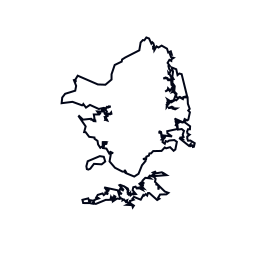 the district of Mkoani, Kusini-Pemba, United Republic of Tanzania, rotated 309°
{"feature_id": "72390352B13842693360807", "entity_name": "Mkoani", "entity_type": "district", "adm_level": 2, "iso_a3": "TZA", "parent_name": "United Republic of Tanzania", "parent_adm1": "Kusini-Pemba", "projection": "orthographic", "projection_center": [39.684, -5.384], "detail": "fine", "context": "isolated", "style": "outline", "palette": "ink", "viewbox_px": 256, "rotation_deg": 309, "n_neighbors": 0, "source": "geoboundaries", "source_scale": "gbopen_adm2", "svg_char_len": 5921}
<svg xmlns="http://www.w3.org/2000/svg" viewBox="0 0 256 256"><g transform="rotate(309 128 128)"><path d="M142.9,77.2L137.0,56.0L133.4,56.5L131.7,57.1L131.7,57.7L131.3,57.9L131.4,58.1L131.4,58.8L131.1,57.8L132.0,56.3L131.2,55.8L128.1,61.2L123.8,63.5L115.0,57.6L110.3,57.7L105.5,60.8L113.4,68.4L116.7,78.0L117.7,78.9L117.9,78.3L118.5,78.2L117.4,82.5L122.0,83.9L124.4,93.3L128.5,96.6L129.1,98.3L131.2,98.3L131.7,99.5L132.7,99.4L133.8,101.0L131.4,99.7L130.9,98.6L129.3,98.8L128.2,97.4L127.5,101.2L125.2,101.8L127.4,104.5L127.8,105.7L128.2,105.8L129.0,105.1L129.5,105.1L128.6,106.2L127.5,105.6L125.8,103.5L124.4,104.7L122.1,103.2L122.0,104.5L121.3,105.1L120.2,105.3L121.3,106.3L120.8,107.2L120.1,105.2L122.0,103.0L125.1,104.0L124.4,101.1L126.6,97.4L124.9,96.0L125.8,97.7L124.4,97.5L121.5,93.6L120.8,96.1L122.6,97.2L120.4,97.1L117.0,92.9L113.9,96.4L112.1,95.6L113.3,97.8L112.7,98.4L111.7,96.9L112.0,93.6L106.2,87.8L106.6,82.5L106.0,82.5L102.6,94.1L97.2,96.5L98.1,97.7L96.7,103.4L99.5,107.9L98.6,108.8L98.8,112.4L96.4,115.1L95.2,118.9L99.1,119.9L99.4,118.6L100.8,117.5L101.3,117.4L103.4,120.0L103.1,120.7L102.9,120.8L102.2,120.1L102.2,120.9L101.3,121.6L102.2,120.0L103.2,120.1L101.2,117.5L99.9,119.3L100.9,119.8L98.7,120.3L99.0,121.5L98.3,120.4L96.7,121.2L98.4,124.2L96.4,129.4L98.4,129.4L99.1,132.4L97.6,129.5L97.1,131.0L90.4,134.7L88.9,142.9L90.6,151.1L92.3,153.1L93.0,152.4L93.1,152.5L92.7,153.6L91.8,152.7L91.5,154.4L94.2,163.4L99.0,165.0L107.9,162.3L113.4,162.4L115.4,160.9L114.3,160.9L113.3,159.2L115.4,160.6L115.6,161.4L117.3,160.3L119.7,161.6L121.7,160.7L122.8,161.9L125.9,162.1L131.3,168.5L136.0,168.8L136.2,170.4L139.6,172.8L139.0,177.8L141.1,178.3L148.0,174.7L147.8,171.6L144.2,167.9L142.2,167.3L141.5,165.5L138.9,166.5L138.8,163.7L140.9,162.6L140.2,161.4L142.2,161.4L142.0,159.9L145.5,156.1L145.1,154.9L144.2,155.3L144.0,155.2L144.1,154.8L144.2,155.2L144.6,154.8L145.0,154.7L145.4,155.0L145.7,156.2L143.1,159.3L143.1,162.7L144.5,162.4L144.5,160.2L149.1,167.5L148.7,162.0L150.2,160.5L158.3,167.0L160.4,164.7L160.2,163.3L162.5,162.7L162.3,161.9L162.7,161.3L163.9,162.2L163.8,161.4L164.6,160.9L164.2,160.3L164.5,160.2L164.4,159.5L165.0,158.4L164.8,161.3L165.4,160.9L167.0,166.9L169.5,168.0L169.2,166.9L170.6,166.4L171.2,169.2L172.4,169.6L179.2,166.2L179.5,163.8L181.7,163.9L184.5,159.3L189.2,155.1L186.9,151.9L185.0,152.5L184.3,148.6L179.9,148.1L179.6,147.1L175.1,145.5L173.7,142.4L172.5,144.4L171.4,144.4L170.4,143.6L169.9,144.6L169.7,144.9L169.2,145.0L168.4,145.0L170.5,143.5L172.5,144.1L172.2,142.5L174.0,142.1L174.9,142.9L174.4,142.2L175.1,140.6L175.5,144.0L178.3,146.1L184.2,144.1L184.8,140.5L183.6,139.7L187.3,139.3L188.3,137.8L183.0,137.2L184.0,134.3L183.0,135.3L179.7,134.0L182.8,134.8L184.1,134.1L183.7,136.8L184.5,137.2L188.9,136.7L188.9,134.6L192.3,131.4L190.4,129.1L191.1,126.7L188.7,124.3L190.9,125.4L191.6,127.3L191.0,128.9L193.8,131.4L196.2,126.2L195.6,125.6L196.4,124.7L196.2,125.8L199.5,125.2L199.6,123.2L201.5,120.5L202.6,121.3L203.5,117.8L207.0,117.3L207.4,119.4L208.7,118.5L211.2,119.3L210.2,116.8L211.8,114.1L212.6,115.8L214.5,113.0L212.0,111.7L214.2,108.4L213.2,102.3L209.7,101.0L209.4,98.8L205.0,99.5L206.7,97.9L206.5,97.6L205.9,97.8L205.3,97.4L205.0,96.9L206.0,97.7L207.0,96.3L208.2,96.7L209.8,94.4L209.9,92.9L208.3,93.0L210.8,88.0L209.9,85.3L206.4,85.5L205.7,84.2L202.4,84.0L195.5,87.9L181.1,81.5L177.5,80.3L175.6,81.3L168.6,78.0L159.4,81.4L155.3,84.7L147.4,83.2L142.9,77.2ZM172.2,150.1L168.7,146.7L172.2,148.7L172.3,151.5L173.8,153.5L172.2,152.9L171.2,150.6L172.2,150.1ZM57.0,146.6L53.7,147.1L53.6,147.5L55.0,149.1L55.0,149.7L51.7,147.5L46.6,147.5L47.2,148.6L49.0,147.9L48.0,149.5L48.8,150.8L58.1,155.9L61.1,159.5L63.5,158.3L62.2,160.8L65.1,159.3L64.2,160.3L65.1,160.8L66.5,160.0L66.7,161.3L62.4,162.7L66.3,163.9L67.6,166.1L69.7,165.1L68.8,166.3L69.4,168.8L68.4,169.3L69.9,170.0L69.3,172.6L70.7,172.5L71.3,172.8L69.4,173.5L70.7,175.7L70.1,176.6L67.5,175.4L70.7,179.8L69.4,181.6L71.4,181.4L70.9,177.2L72.6,175.5L75.8,177.5L75.9,176.0L78.2,176.0L80.3,183.0L85.5,182.1L85.4,183.0L87.8,183.4L87.6,185.4L90.1,184.5L90.9,185.6L90.4,196.0L92.8,196.9L92.7,195.3L96.5,194.8L100.6,199.6L103.0,200.2L101.8,196.6L102.5,188.9L99.2,190.4L102.6,187.6L101.6,184.7L102.7,186.9L103.2,182.8L105.8,181.5L106.4,179.0L104.7,174.9L103.0,174.9L103.0,177.3L100.2,172.8L96.2,172.4L94.8,173.7L95.3,175.5L94.2,174.1L92.2,176.5L93.8,172.5L91.8,172.0L90.9,178.3L89.9,175.8L89.1,178.2L87.9,172.6L87.5,174.0L86.5,172.8L87.2,170.8L85.3,169.4L82.6,170.7L81.6,175.7L79.8,174.0L80.4,173.0L77.4,172.4L79.1,170.6L76.6,170.7L76.7,169.3L78.1,169.2L78.0,167.9L79.7,167.7L80.8,166.0L80.6,164.5L79.8,166.3L78.8,166.4L80.0,165.8L80.3,162.1L78.9,157.7L78.1,157.3L77.2,163.0L76.3,163.2L75.9,160.2L74.3,160.5L72.7,162.4L73.0,164.8L72.0,162.7L70.3,163.4L73.1,159.2L66.9,146.9L67.6,152.9L66.2,150.3L65.6,152.1L64.0,151.2L64.1,154.2L63.0,151.8L60.6,151.4L61.1,149.4L57.0,146.6ZM202.5,123.7L200.2,127.5L195.7,130.2L194.7,132.6L194.1,131.9L191.1,134.0L189.9,138.0L185.5,140.9L185.1,144.2L182.5,145.5L182.9,147.8L184.8,148.7L185.2,152.3L186.8,151.5L189.9,153.9L203.6,135.8L202.6,133.6L200.3,133.2L204.0,128.5L202.5,123.7ZM165.0,162.5L163.5,162.6L163.7,163.9L162.5,163.4L158.2,167.8L161.0,170.4L161.0,173.3L157.1,174.8L156.0,176.8L154.2,175.3L153.9,177.1L152.4,174.1L152.5,186.8L155.1,186.8L153.6,188.2L155.0,189.1L154.1,190.4L154.9,191.0L158.2,189.4L157.5,184.3L155.9,182.7L157.0,180.8L158.7,179.4L161.6,180.1L161.1,177.8L162.4,176.2L164.8,175.4L166.0,176.9L168.4,175.2L168.1,168.1L166.4,166.7L165.0,162.5ZM76.8,117.6L72.1,119.7L70.2,121.9L70.7,123.3L72.6,124.3L78.7,124.1L83.2,130.4L87.6,131.4L90.4,127.3L88.4,123.8L76.8,117.6ZM109.0,175.4L109.1,177.3L107.1,176.7L108.1,179.7L115.7,187.7L115.3,184.1L114.0,184.0L115.1,183.6L114.9,182.2L109.6,177.6L109.3,176.5L110.9,177.2L111.1,176.6L109.0,175.4ZM48.3,141.4L43.5,137.8L41.5,140.4L45.9,145.9L46.4,144.2L48.8,145.3L47.4,142.8L48.3,141.4Z" fill="none" stroke="#020617" stroke-width="2"/></g></svg>